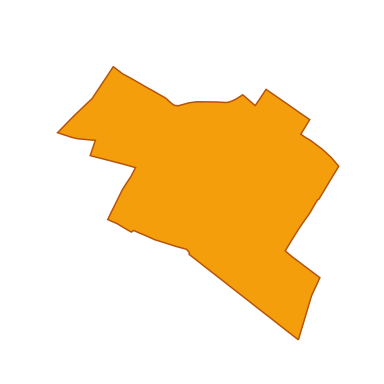 Papalotla, México, Mexico, rotated 14°
{"feature_id": "50627088B323128509418", "entity_name": "Papalotla", "entity_type": "district", "adm_level": 2, "iso_a3": "MEX", "parent_name": "Mexico", "parent_adm1": "México", "projection": "natural_earth1", "projection_center": [-98.859, 19.559], "detail": "fine", "context": "isolated", "style": "filled", "palette": "amber", "viewbox_px": 384, "rotation_deg": 14, "n_neighbors": 0, "source": "geoboundaries", "source_scale": "gbopen_adm2", "svg_char_len": 1827}
<svg xmlns="http://www.w3.org/2000/svg" viewBox="0 0 384 384"><g transform="rotate(14 192 192)"><path d="M142.9,245.5L144.7,243.4L149.5,244.3L154.7,245.1L158.0,245.6L166.7,247.2L168.0,247.4L168.6,247.4L169.0,247.4L190.1,248.7L200.5,248.9L204.2,251.5L204.2,253.2L213.9,257.5L223.7,261.9L233.4,266.2L243.1,270.5L252.8,274.9L262.5,279.2L272.2,283.5L281.9,287.9L291.6,292.2L301.4,296.5L311.1,300.9L320.8,305.2L330.5,309.5L331.0,309.2L331.7,294.0L332.4,278.8L333.1,263.7L334.4,256.8L335.3,252.4L336.0,248.5L336.8,244.2L336.0,243.9L333.9,243.0L329.8,241.2L317.3,235.9L304.7,230.6L296.7,226.6L300.5,214.2L301.1,212.4L304.6,201.7L307.0,195.2L311.0,184.9L311.2,184.5L314.1,174.3L315.4,170.2L315.6,169.5L315.9,169.2L316.9,168.1L320.2,157.4L322.9,148.5L323.0,148.0L328.2,131.6L318.7,124.8L312.2,121.2L307.4,118.7L301.6,116.3L294.8,113.4L287.6,111.2L285.1,110.2L283.6,109.7L288.7,93.3L278.0,89.3L267.1,85.1L255.8,80.8L239.1,74.5L238.8,75.1L235.5,84.5L232.4,92.9L225.4,89.3L217.7,85.4L217.4,85.8L214.3,89.0L211.8,91.6L209.2,93.7L205.8,96.0L203.1,97.0L200.9,97.4L196.2,98.3L195.6,98.4L187.6,100.2L174.6,103.4L172.7,104.1L167.7,106.1L157.9,111.6L155.4,112.0L153.8,112.1L153.0,111.9L151.0,111.1L145.7,108.3L144.2,107.5L143.2,107.1L142.6,106.9L139.9,106.2L137.4,105.5L135.7,105.0L133.6,104.4L130.5,103.5L126.4,102.4L125.4,102.2L122.4,101.4L106.9,96.9L102.7,95.8L96.0,94.1L86.6,90.0L85.3,89.5L84.6,91.4L82.3,98.0L79.9,104.7L73.0,124.0L72.6,125.3L69.8,129.7L59.5,145.9L58.9,146.9L53.0,157.0L47.2,167.0L56.9,167.7L59.5,167.9L62.1,168.1L67.8,168.0L78.2,166.5L85.7,165.2L84.4,181.3L90.3,181.4L118.3,181.6L131.3,182.0L129.0,191.7L126.8,197.9L126.6,198.4L123.9,206.4L119.3,227.7L119.2,227.9L116.9,239.1L118.1,239.3L124.8,240.5L126.2,240.7L126.9,240.8L132.4,242.5L139.7,244.7L142.9,245.5Z" fill="#f59e0b" stroke="#b45309" stroke-width="1.5"/></g></svg>